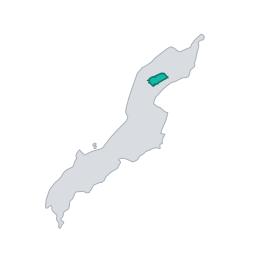 location of Balaka, Balaka, Malawi, rotated 229°
{"feature_id": "42251766B20450933672567", "entity_name": "Balaka", "entity_type": "district", "adm_level": 2, "iso_a3": "MWI", "parent_name": "Malawi", "parent_adm1": "Balaka", "projection": "equal_earth", "projection_center": [35.125, -15.031], "detail": "fine", "context": "in_parent", "style": "filled", "palette": "teal", "viewbox_px": 256, "rotation_deg": 229, "n_neighbors": 0, "source": "geoboundaries", "source_scale": "gbopen_adm2", "svg_char_len": 5116}
<svg xmlns="http://www.w3.org/2000/svg" viewBox="0 0 256 256"><g transform="rotate(229 128 128)"><path d="M103.7,151.3L102.4,149.1L101.4,149.7L100.1,151.2L99.3,151.6L98.9,151.6L98.7,151.2L98.4,150.2L97.3,147.4L96.1,145.3L94.8,144.6L93.8,143.6L94.2,142.7L94.7,142.1L94.5,141.4L93.9,140.5L91.7,139.1L91.6,138.5L93.6,137.2L94.9,135.8L95.7,134.4L96.8,131.4L97.6,128.3L98.3,127.3L98.5,125.3L98.4,123.1L98.8,120.2L99.0,117.4L98.3,116.4L97.8,114.5L98.4,111.4L99.5,109.2L104.5,107.0L108.0,105.0L108.7,104.1L109.9,102.3L110.6,100.6L110.1,100.1L107.3,100.1L106.7,99.4L104.6,93.5L105.7,86.6L105.8,83.9L105.8,80.6L105.4,78.2L104.6,77.1L104.0,75.8L104.2,72.2L105.0,71.8L106.7,67.1L107.5,64.3L106.5,62.1L105.5,58.9L105.0,56.9L104.8,56.2L105.5,55.0L106.7,53.8L108.0,53.4L109.4,52.9L113.8,47.0L113.8,45.8L113.0,43.9L111.4,40.9L111.0,39.7L110.8,36.1L110.1,35.0L107.7,32.6L105.9,30.1L106.4,27.5L106.7,24.7L105.8,23.1L104.4,21.5L103.6,19.2L103.2,17.5L102.1,16.8L101.1,16.7L100.4,17.8L99.6,17.7L98.6,17.4L98.3,15.8L98.3,14.2L97.6,13.1L97.0,11.6L96.9,10.8L97.3,10.5L98.1,10.4L101.7,13.5L103.9,13.6L106.3,14.2L108.3,16.9L109.4,17.3L110.7,16.9L114.6,16.6L116.2,17.0L118.2,18.6L119.0,18.8L120.2,18.9L120.4,18.4L120.6,17.5L120.3,15.6L120.6,14.6L121.4,13.5L123.5,14.8L128.8,20.7L128.9,21.5L132.3,27.3L133.4,29.8L133.4,31.1L134.5,36.3L134.7,38.7L134.5,40.5L134.5,42.0L134.9,44.1L134.8,45.0L136.0,48.0L136.6,50.6L136.7,53.1L136.3,55.6L135.3,59.2L135.1,60.6L135.3,61.9L136.0,63.4L137.2,64.9L138.0,66.8L138.6,68.9L139.1,69.9L139.7,69.9L140.9,70.2L141.8,71.5L142.8,73.6L143.2,76.1L143.3,77.1L140.3,77.1L136.5,77.5L135.6,78.4L135.3,80.6L134.1,85.0L133.5,86.6L132.1,89.5L130.1,93.7L129.7,95.0L129.8,96.4L130.9,102.1L132.2,108.0L132.5,110.3L133.4,118.2L133.9,123.8L134.0,127.1L134.4,131.4L135.5,133.8L136.6,135.3L140.9,136.2L142.2,137.3L144.6,140.1L149.8,147.8L152.7,152.7L155.3,157.0L159.8,165.0L163.4,171.3L163.8,177.1L164.4,178.0L163.2,182.3L162.4,189.3L163.0,193.9L162.7,201.8L162.1,210.2L161.2,213.3L160.2,214.4L157.7,215.3L152.3,216.3L151.5,217.3L150.8,219.0L149.7,222.8L148.4,226.7L148.0,228.4L148.3,228.8L149.4,230.8L150.6,235.9L150.8,244.6L150.4,245.2L148.8,245.6L147.1,245.5L146.4,245.0L145.7,244.0L145.3,242.2L146.4,240.9L146.8,238.6L146.1,236.7L144.6,236.2L142.8,234.4L138.9,228.6L135.6,224.5L133.7,221.1L131.7,219.8L131.2,218.9L130.7,217.5L130.7,215.4L130.9,213.9L130.2,212.2L128.3,209.6L127.4,208.1L127.3,206.3L128.1,204.6L129.8,202.6L131.1,198.4L131.6,195.7L133.9,190.2L134.3,185.5L134.3,181.7L134.2,178.9L133.5,173.1L133.1,169.0L130.2,163.8L129.2,163.3L126.4,163.8L124.0,164.5L122.8,165.6L121.0,165.7L116.3,166.6L114.9,167.0L114.0,167.9L113.5,168.1L110.5,164.1L107.9,159.7L104.6,152.2L103.7,151.3ZM137.9,93.4L137.1,93.6L136.6,93.1L136.7,91.5L137.0,90.3L137.8,90.1L138.3,90.4L138.7,91.0L138.7,91.8L138.5,92.7L137.9,93.4ZM136.1,90.4L135.7,92.1L134.7,92.0L133.9,90.6L134.1,89.5L135.0,89.1L135.7,89.6L136.1,90.4Z" fill="#d9dde1" stroke="#a8b0b8" stroke-width="1"/><path d="M150.7,174.4L150.5,174.5L150.4,174.6L150.2,174.7L150.1,174.8L149.9,174.9L149.6,175.0L149.5,174.9L149.4,174.9L149.0,174.2L148.8,173.9L148.7,173.7L148.4,173.4L148.2,173.5L148.0,173.8L147.9,173.9L147.8,174.0L147.7,174.1L147.1,174.2L146.4,174.2L146.2,174.2L145.6,174.2L144.9,174.3L144.3,174.3L143.6,174.4L143.7,174.5L143.6,174.8L143.7,175.0L143.6,175.3L143.5,175.5L143.4,175.6L143.4,175.8L143.5,175.9L143.4,176.0L143.4,176.3L143.3,176.5L143.4,176.8L143.5,177.2L143.4,177.2L143.1,176.9L142.9,176.6L142.9,176.8L142.8,177.0L142.8,177.3L142.7,177.7L142.4,178.5L142.1,179.1L142.0,179.6L141.8,179.9L142.2,181.0L142.1,181.6L141.9,182.3L141.8,183.0L141.5,184.2L141.0,187.1L140.8,187.8L140.8,188.0L140.7,188.0L140.7,188.3L140.6,188.5L140.6,188.8L140.5,189.0L140.5,189.3L140.5,189.5L140.5,189.9L140.5,190.0L140.4,190.0L140.4,190.4L140.4,190.5L140.3,190.8L140.3,191.0L140.2,190.9L140.1,191.0L140.7,191.1L141.7,191.1L141.9,191.1L142.4,191.1L144.0,191.0L144.4,191.0L145.2,191.0L145.2,190.9L145.3,190.9L145.5,190.9L145.7,190.6L145.8,190.5L145.8,190.4L146.0,190.4L145.9,190.5L146.0,190.5L146.1,190.4L146.2,190.2L146.3,190.1L146.5,190.1L146.6,189.9L146.7,189.7L146.8,189.6L146.7,189.6L146.7,189.4L146.8,189.3L146.8,189.2L147.0,189.1L147.2,188.8L147.3,188.6L147.4,188.4L147.6,188.2L147.7,187.9L147.8,187.7L148.0,187.2L148.1,186.9L148.1,186.5L148.1,186.4L148.2,186.2L148.3,186.1L148.4,185.8L148.4,185.7L148.3,185.4L148.5,185.1L148.6,184.9L148.8,184.7L148.9,184.4L149.0,184.1L149.0,183.9L149.0,183.7L149.0,183.4L148.9,183.4L148.8,183.2L148.7,183.0L148.7,182.9L148.6,182.7L148.5,182.4L148.6,182.5L148.6,182.4L148.7,182.5L148.8,182.5L149.0,182.6L149.3,182.6L149.4,182.4L149.4,182.2L149.5,182.0L149.5,181.9L149.5,181.7L149.6,181.4L149.6,181.2L149.8,180.9L149.9,180.7L150.0,180.5L150.1,180.4L150.3,180.3L150.4,180.2L150.4,179.8L150.4,179.7L150.5,179.6L150.6,179.3L150.7,179.2L150.7,178.9L150.8,178.7L150.8,178.4L150.8,178.1L150.8,177.9L150.8,177.6L151.0,177.5L151.1,177.4L151.0,177.2L150.9,177.0L150.9,176.8L150.9,176.7L150.8,176.4L150.9,176.1L150.9,175.7L150.8,175.4L150.7,175.3L150.7,175.2L150.6,174.9L150.6,174.7L150.7,174.4Z" fill="#14b8a6" stroke="#0f766e" stroke-width="1.5"/></g></svg>